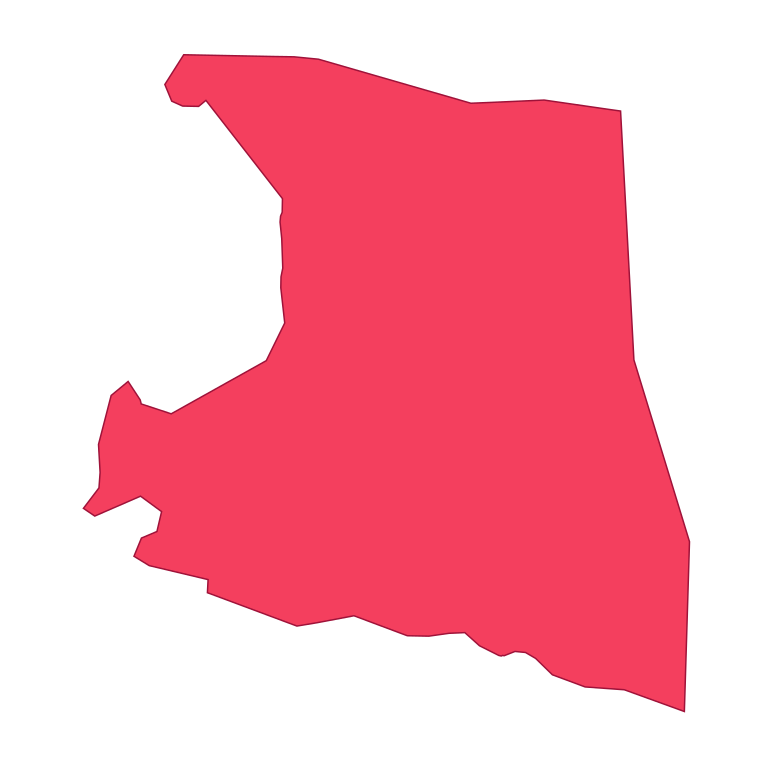 the district of Dikwa, Borno, Nigeria, rotated 269°
{"feature_id": "59680162B86155479852967", "entity_name": "Dikwa", "entity_type": "district", "adm_level": 2, "iso_a3": "NGA", "parent_name": "Nigeria", "parent_adm1": "Borno", "projection": "robinson", "projection_center": [14.023, 11.955], "detail": "fine", "context": "isolated", "style": "filled", "palette": "rose", "viewbox_px": 768, "rotation_deg": 269, "n_neighbors": 0, "source": "geoboundaries", "source_scale": "gbopen_adm2", "svg_char_len": 953}
<svg xmlns="http://www.w3.org/2000/svg" viewBox="0 0 768 768"><g transform="rotate(269 384 384)"><path d="M51.3,678.6L221.0,686.7L403.7,634.3L652.8,625.3L654.7,613.2L665.1,549.1L663.7,497.1L663.2,475.8L709.9,324.1L712.7,299.8L713.4,278.5L716.7,189.5L687.3,170.1L670.5,176.7L665.4,187.5L664.8,203.5L670.7,210.9L571.1,285.7L557.5,285.2L553.6,283.5L547.7,282.9L531.0,284.3L501.6,284.8L493.0,282.9L482.0,282.5L446.7,285.8L409.4,266.7L376.3,205.0L357.9,170.7L368.3,140.9L372.3,140.0L391.0,128.2L377.3,111.0L328.6,97.5L300.5,98.6L285.1,97.2L264.9,81.3L257.0,92.5L276.1,138.6L260.3,159.4L240.5,154.4L234.2,138.8L216.1,131.0L206.5,146.1L191.5,204.7L178.4,203.8L143.5,292.7L146.5,313.0L152.8,349.9L131.9,402.9L131.1,424.4L133.6,444.7L134.0,460.5L120.6,474.9L112.5,490.4L110.6,494.0L110.0,496.5L110.6,498.0L110.2,499.3L114.3,510.3L113.1,520.8L107.0,530.8L90.3,547.3L77.6,579.8L74.1,618.9L51.3,678.6Z" fill="#f43f5e" stroke="#9f1239" stroke-width="1.5"/></g></svg>